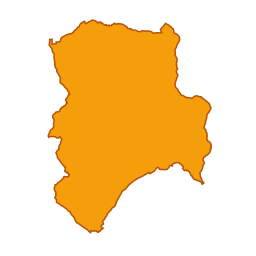 outline of Nehoiu, Buzau, Romania, rotated 184°
{"feature_id": "2599482B62990087944995", "entity_name": "Nehoiu", "entity_type": "district", "adm_level": 2, "iso_a3": "ROU", "parent_name": "Romania", "parent_adm1": "Buzau", "projection": "orthographic", "projection_center": [26.301, 45.424], "detail": "fine", "context": "isolated", "style": "filled", "palette": "amber", "viewbox_px": 256, "rotation_deg": 184, "n_neighbors": 0, "source": "geoboundaries", "source_scale": "gbopen_adm2", "svg_char_len": 5806}
<svg xmlns="http://www.w3.org/2000/svg" viewBox="0 0 256 256"><g transform="rotate(184 128 128)"><path d="M208.2,198.0L206.8,196.7L206.7,196.3L206.8,194.0L206.4,191.3L205.6,188.6L205.5,185.9L204.9,184.8L204.8,183.3L204.4,182.8L203.2,181.8L203.0,181.3L202.9,180.5L203.0,179.3L200.9,176.5L198.9,173.4L199.1,172.0L198.9,168.7L198.2,167.9L196.6,167.1L194.9,165.6L193.0,163.5L191.3,162.3L191.0,161.0L189.6,159.7L189.5,158.6L189.1,157.9L188.6,157.6L189.7,156.8L190.7,154.2L192.1,152.1L192.0,150.7L191.3,150.1L191.1,149.5L190.3,149.0L190.4,148.7L191.1,148.3L191.6,147.2L192.0,146.5L192.5,146.1L192.6,145.7L193.5,145.5L194.5,144.2L195.6,144.0L195.8,143.7L195.9,142.9L196.8,142.4L196.9,141.3L197.3,140.1L199.1,139.2L200.7,139.0L201.2,138.6L201.3,138.1L203.2,136.3L203.7,135.4L203.9,134.9L203.8,133.2L202.2,130.8L202.6,126.7L202.5,125.9L202.2,125.3L202.3,124.6L202.4,123.8L203.3,121.9L204.8,121.0L205.4,120.1L205.7,118.5L206.2,117.7L206.3,116.7L206.9,115.4L207.0,114.3L206.4,113.2L205.6,114.1L203.0,114.1L201.5,114.4L199.7,114.0L198.3,113.1L196.6,113.3L196.1,113.7L195.8,114.4L195.4,114.4L195.0,114.2L194.5,113.4L193.3,112.4L194.5,107.4L195.5,105.1L195.7,102.5L195.3,102.1L197.1,100.3L198.1,98.4L198.1,98.1L196.9,96.0L196.4,93.8L195.7,92.6L195.2,92.4L192.2,88.6L190.5,86.9L190.5,86.6L189.6,86.0L188.6,84.7L188.2,84.4L187.6,84.3L188.1,80.4L187.0,79.8L185.3,79.6L185.5,78.7L184.9,78.7L184.4,77.9L183.3,77.6L183.9,76.1L183.9,75.3L185.7,75.1L187.4,75.0L187.6,75.2L188.7,74.7L188.9,74.0L188.7,73.8L190.8,71.3L193.9,68.5L194.2,68.5L195.0,67.2L195.4,66.8L196.5,66.3L196.0,66.0L196.4,65.6L197.0,64.4L197.3,63.7L197.4,62.2L196.7,60.5L195.4,58.6L195.4,57.0L195.0,56.2L196.1,53.6L196.1,53.3L195.2,52.2L194.4,51.8L194.2,49.2L194.0,48.9L191.0,47.3L189.1,45.9L186.9,45.3L186.6,45.1L186.1,44.2L184.2,43.5L181.7,41.1L181.1,40.7L180.1,40.6L178.5,37.8L175.3,34.9L174.7,33.1L174.2,32.1L173.7,31.3L172.5,30.1L169.7,28.6L164.6,25.3L162.9,24.7L160.2,22.7L159.9,22.0L158.8,21.6L158.0,21.0L157.8,22.0L157.1,22.6L157.4,23.0L157.1,23.1L154.9,22.7L154.3,23.2L153.6,23.0L152.8,23.2L151.2,22.0L150.6,21.8L150.2,22.0L150.0,22.9L149.0,23.0L148.3,23.7L147.7,24.6L146.6,25.4L145.8,26.4L147.0,26.6L147.5,27.0L147.8,27.5L147.7,28.9L145.8,30.6L146.8,33.1L146.1,34.3L145.2,35.1L144.9,35.6L144.1,37.6L143.1,39.0L143.1,39.6L142.1,41.7L139.4,44.9L137.9,47.5L136.3,48.4L135.2,49.8L134.9,51.7L134.4,52.7L134.2,53.8L133.5,55.6L133.1,56.3L132.8,57.2L132.4,57.6L132.4,58.0L130.0,62.7L129.6,64.1L129.1,64.7L128.4,65.5L127.4,66.0L125.9,67.3L123.3,71.2L117.7,76.3L114.0,78.9L112.6,79.4L111.2,80.5L109.3,81.5L104.2,85.1L104.0,84.3L103.7,84.1L102.6,84.1L101.3,85.0L100.7,85.5L98.6,86.9L97.2,89.3L95.9,90.8L94.9,90.7L94.0,89.7L93.9,89.2L93.0,88.8L92.2,89.1L91.2,88.9L86.4,89.2L85.1,90.7L84.5,91.6L84.0,92.9L83.5,93.4L82.5,93.8L81.8,93.1L81.1,93.2L81.1,94.6L80.2,95.7L77.2,96.8L75.6,97.0L74.3,96.5L73.6,95.9L72.6,95.6L72.0,94.7L70.3,93.6L70.3,92.7L70.6,91.4L69.4,90.0L68.6,89.5L68.0,90.0L66.6,89.4L66.0,89.9L65.0,89.5L62.8,87.2L61.9,85.2L60.9,84.5L60.2,83.2L58.5,81.4L57.6,81.3L56.8,80.9L52.6,79.8L50.9,78.7L50.1,77.1L49.1,77.8L48.5,78.5L50.0,80.0L50.9,81.5L50.9,82.2L51.5,83.3L52.4,84.5L52.6,86.3L53.1,87.6L53.1,88.6L52.1,89.9L51.2,92.0L51.0,92.6L51.0,93.7L50.5,94.9L50.7,96.0L50.1,96.6L49.5,98.2L49.6,99.2L50.5,100.6L50.9,100.9L50.7,103.6L49.5,104.4L48.5,105.8L48.0,106.2L46.8,106.6L46.2,107.7L45.4,108.3L44.3,110.3L44.0,111.5L44.1,111.9L44.6,112.5L44.6,112.8L43.9,113.1L43.6,113.7L43.7,115.6L44.3,116.3L43.9,117.1L44.3,118.0L45.8,119.9L46.8,120.2L48.1,121.1L47.9,121.7L48.7,122.7L48.4,125.5L48.7,126.2L48.7,127.1L48.9,128.3L49.5,129.2L50.5,131.8L51.5,132.7L52.3,133.6L52.3,134.1L51.9,134.7L51.9,135.8L51.0,138.1L51.0,138.8L51.3,139.6L50.5,141.7L50.4,142.5L50.0,147.4L48.4,149.2L48.2,149.9L47.0,152.2L46.8,153.4L46.8,154.4L48.1,155.9L48.0,157.1L49.4,158.6L55.1,162.6L56.0,162.9L57.1,164.2L59.4,164.3L61.4,165.0L62.8,164.5L63.5,164.5L66.0,162.3L71.8,162.5L75.8,164.3L77.8,164.9L78.6,166.7L80.0,167.9L81.3,170.2L82.9,171.5L83.8,173.1L84.2,174.4L84.1,174.9L83.9,176.4L82.9,181.0L81.9,183.5L82.0,184.5L83.0,185.9L83.7,187.6L83.8,188.6L82.8,189.9L82.6,190.7L83.7,192.0L83.7,193.9L84.4,194.7L84.0,195.1L84.0,195.4L84.3,196.1L83.8,197.5L84.0,201.0L85.1,202.3L86.1,204.5L86.0,206.1L86.6,208.6L86.3,209.9L85.5,211.7L85.0,214.3L83.1,217.9L82.7,219.5L82.7,220.8L83.4,222.7L84.9,224.4L85.7,224.9L88.7,226.1L89.4,228.9L89.8,229.7L90.4,230.4L91.3,230.9L92.3,232.1L94.1,232.9L94.8,233.7L96.9,234.4L97.9,235.0L100.2,231.5L100.9,230.8L101.5,229.6L102.4,229.0L102.5,228.7L102.2,227.5L101.0,225.5L102.4,225.0L104.7,225.2L106.6,224.7L107.8,224.8L109.3,224.3L110.3,224.6L110.4,224.9L111.1,225.5L112.4,226.0L113.1,226.0L113.6,226.2L116.1,226.1L117.0,225.7L118.0,226.1L120.4,226.0L121.0,225.9L121.9,225.2L123.2,224.8L124.6,225.0L126.5,225.9L131.1,226.1L131.6,226.8L132.3,227.4L133.1,226.9L133.8,227.3L135.3,227.3L135.7,227.8L135.9,228.6L140.6,231.1L141.6,231.3L144.8,231.3L145.2,231.5L146.9,230.6L147.7,231.1L149.3,231.5L149.7,230.4L151.2,230.1L151.7,229.2L153.3,228.7L153.6,228.7L153.9,229.2L154.3,229.2L155.5,228.7L156.3,228.8L156.7,229.1L156.6,229.4L156.9,229.6L157.1,229.6L157.2,229.1L157.5,228.9L157.9,229.1L158.5,229.1L161.1,230.8L161.5,230.9L161.9,230.5L162.1,230.8L162.1,231.4L162.7,231.7L164.5,231.6L165.6,230.7L167.3,232.3L169.8,233.1L171.3,233.1L177.5,229.2L178.8,231.3L179.2,231.3L180.4,230.5L181.6,229.3L181.9,229.4L183.0,228.2L183.8,225.8L184.1,225.4L185.2,225.1L185.6,224.1L186.0,223.8L186.1,223.2L187.7,221.9L188.1,221.3L188.4,221.2L188.8,220.2L189.7,219.5L190.0,218.9L192.0,217.9L192.8,218.0L193.5,217.3L194.6,217.3L200.3,213.9L201.1,212.7L201.7,209.9L202.1,209.2L205.7,208.7L205.6,207.0L209.6,206.4L209.9,211.2L212.3,210.9L212.2,207.9L212.4,205.1L209.4,201.9L209.3,201.1L208.9,200.4L208.8,199.2L208.2,198.0Z" fill="#f59e0b" stroke="#b45309" stroke-width="1.5"/></g></svg>